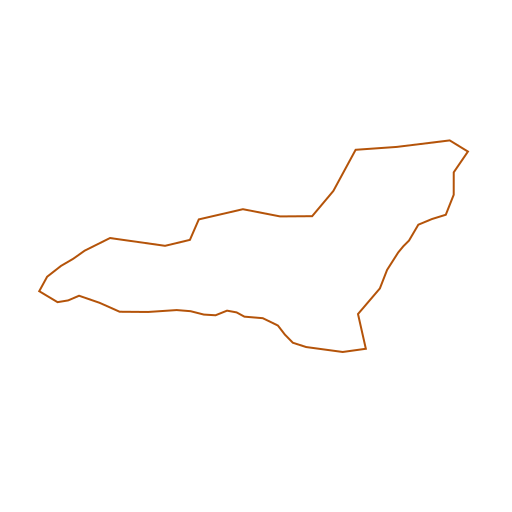 the District of Luuka, rotated 266°
{"feature_id": "UGA-5592", "entity_name": "Luuka", "entity_type": "District", "adm_level": 1, "iso_a3": "UGA", "parent_name": "Uganda", "parent_adm1": "", "projection": "natural_earth1", "projection_center": [33.351, 0.802], "detail": "fine", "context": "isolated", "style": "outline", "palette": "amber", "viewbox_px": 512, "rotation_deg": 266, "n_neighbors": 0, "source": "natural_earth", "source_scale": "10m", "svg_char_len": 745}
<svg xmlns="http://www.w3.org/2000/svg" viewBox="0 0 512 512"><g transform="rotate(266 256 256)"><path d="M155.8,359.1L154.2,335.8L161.7,299.6L166.9,286.7L175.6,279.3L185.1,273.0L193.5,258.4L196.3,240.2L201.1,232.7L203.5,223.3L199.7,211.5L201.2,199.9L205.5,186.9L207.6,173.1L207.7,144.4L209.9,116.1L220.3,96.5L228.7,76.7L224.8,65.5L223.8,54.8L236.0,37.3L249.9,46.2L259.8,60.9L266.0,73.5L273.3,85.5L284.1,111.6L272.5,166.0L276.7,191.2L296.5,201.5L303.6,246.2L293.8,282.8L291.8,314.8L315.5,337.7L355.0,362.8L355.0,404.0L357.8,457.3L345.4,474.7L325.7,459.1L303.3,457.5L283.9,448.2L280.6,434.1L275.9,420.1L260.7,409.7L255.4,403.6L249.6,398.1L233.0,385.8L215.0,377.3L191.0,353.7L155.8,359.1Z" fill="none" stroke="#b45309" stroke-width="2"/></g></svg>